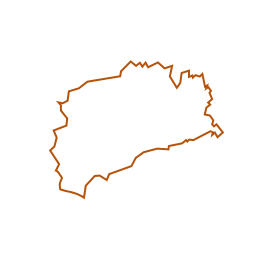 Bogovinje, Bogovinje, North Macedonia (Mercator projection), rotated 318°
{"feature_id": "65306769B92913941164091", "entity_name": "Bogovinje", "entity_type": "district", "adm_level": 2, "iso_a3": "MKD", "parent_name": "North Macedonia", "parent_adm1": "Bogovinje", "projection": "mercator", "projection_center": [20.886, 41.947], "detail": "fine", "context": "isolated", "style": "outline", "palette": "amber", "viewbox_px": 256, "rotation_deg": 318, "n_neighbors": 0, "source": "geoboundaries", "source_scale": "gbopen_adm2", "svg_char_len": 1204}
<svg xmlns="http://www.w3.org/2000/svg" viewBox="0 0 256 256"><g transform="rotate(318 128 128)"><path d="M202.4,111.3L195.1,108.2L194.1,99.3L183.6,96.3L184.8,91.2L179.7,92.0L180.5,87.5L175.6,87.2L174.5,80.4L160.8,81.2L156.8,84.3L128.8,66.4L118.0,65.6L108.6,61.2L101.4,67.3L96.1,66.0L93.5,62.5L93.4,66.1L89.8,70.2L89.2,80.2L83.9,85.0L71.1,80.1L68.6,87.4L60.9,92.5L55.1,92.6L52.6,108.8L45.9,111.4L46.3,112.3L46.5,114.5L45.8,119.5L45.5,120.9L44.9,121.3L41.7,122.7L40.4,123.5L39.1,124.7L36.6,128.2L39.4,132.9L42.6,137.2L46.0,142.9L47.7,147.0L48.7,150.3L58.0,142.6L71.2,141.4L75.1,144.4L77.4,152.4L83.2,149.7L105.1,158.6L113.8,155.4L123.5,156.5L135.9,162.9L143.7,170.9L146.4,168.8L157.9,175.6L163.1,175.9L163.0,177.7L165.8,177.6L168.4,180.7L187.1,185.6L188.2,188.0L186.0,189.5L189.5,189.6L188.4,194.7L195.5,194.8L196.2,184.5L193.0,184.3L193.0,181.6L196.5,179.4L197.2,173.5L194.1,169.3L199.9,165.3L204.7,165.6L204.6,162.7L209.9,162.8L212.2,156.3L214.5,155.9L215.0,151.3L212.6,151.0L215.3,149.4L212.9,148.9L219.4,137.6L215.8,137.8L213.5,133.9L209.9,133.9L210.9,132.0L207.5,130.8L211.7,126.2L204.7,123.0L197.1,129.4L191.2,130.8L193.6,117.7L202.4,111.3Z" fill="none" stroke="#b45309" stroke-width="2"/></g></svg>